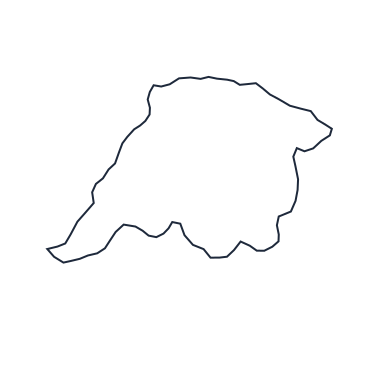 São Domingos das Dores, Minas Gerais, Brazil (Albers equal-area conic projection), rotated 220°
{"feature_id": "56859067B13750100208700", "entity_name": "São Domingos das Dores", "entity_type": "district", "adm_level": 2, "iso_a3": "BRA", "parent_name": "Brazil", "parent_adm1": "Minas Gerais", "projection": "albers", "projection_center": [-42.029, -19.515], "detail": "fine", "context": "isolated", "style": "outline", "palette": "slate", "viewbox_px": 384, "rotation_deg": 220, "n_neighbors": 0, "source": "geoboundaries", "source_scale": "gbopen_adm2", "svg_char_len": 1230}
<svg xmlns="http://www.w3.org/2000/svg" viewBox="0 0 384 384"><g transform="rotate(220 192 192)"><path d="M290.0,249.1L288.6,241.5L285.4,234.4L278.4,229.5L274.3,224.1L273.4,216.4L274.5,209.5L276.6,202.9L277.0,192.6L276.6,184.5L273.4,175.4L269.3,164.4L270.4,155.7L269.0,145.2L270.8,136.4L268.3,127.6L260.2,120.4L260.4,108.4L260.7,95.6L257.7,81.4L256.0,71.1L260.0,63.7L266.2,55.3L256.0,53.7L245.1,55.3L240.7,61.0L235.0,68.7L230.9,76.5L225.2,84.1L222.5,92.9L223.6,101.8L224.8,112.3L223.4,123.1L213.1,129.2L204.9,130.6L197.2,130.7L190.3,134.5L187.1,141.8L186.6,149.1L187.8,156.3L180.6,160.2L170.0,154.1L157.3,152.1L146.4,155.7L135.6,153.6L128.7,159.5L123.6,164.9L122.5,174.5L122.9,185.3L113.2,188.0L104.7,188.7L98.9,193.4L95.3,201.7L94.0,209.8L98.2,215.2L105.6,221.1L109.8,229.0L103.7,240.6L107.0,251.8L112.4,261.4L118.9,269.9L129.4,278.3L137.1,284.2L139.9,293.0L132.0,295.5L127.2,303.3L125.8,314.4L122.8,324.0L125.5,330.3L132.7,329.4L142.2,327.9L153.0,330.3L162.4,325.7L172.5,321.0L185.5,318.8L195.0,316.8L204.7,316.8L213.0,316.4L219.0,310.2L224.3,304.8L231.3,303.8L237.3,300.6L245.7,294.9L253.3,290.8L258.1,284.2L266.7,278.8L275.0,270.7L278.3,260.2L283.4,253.0L290.0,249.1Z" fill="none" stroke="#1e293b" stroke-width="2"/></g></svg>